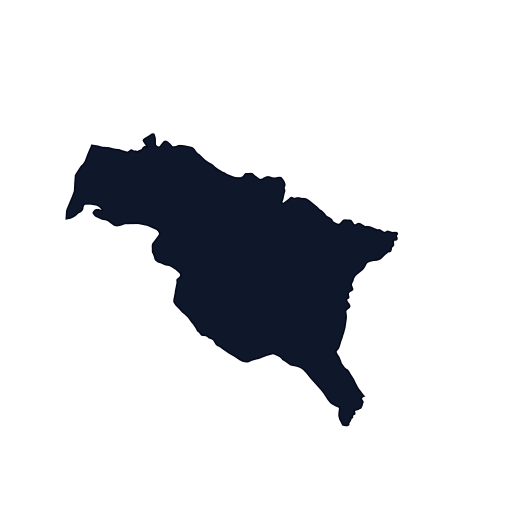 Newala, Mtwara, United Republic of Tanzania, rotated 141°
{"feature_id": "72390352B96178710336492", "entity_name": "Newala", "entity_type": "district", "adm_level": 2, "iso_a3": "TZA", "parent_name": "United Republic of Tanzania", "parent_adm1": "Mtwara", "projection": "albers", "projection_center": [39.269, -10.7], "detail": "fine", "context": "isolated", "style": "filled", "palette": "ink", "viewbox_px": 512, "rotation_deg": 141, "n_neighbors": 0, "source": "geoboundaries", "source_scale": "gbopen_adm2", "svg_char_len": 6114}
<svg xmlns="http://www.w3.org/2000/svg" viewBox="0 0 512 512"><g transform="rotate(141 256 256)"><path d="M260.3,79.3L260.4,81.6L260.2,84.8L260.2,88.0L259.9,90.3L258.8,95.7L258.0,98.6L257.3,105.1L256.8,108.0L256.8,109.9L257.5,111.6L257.8,113.5L257.6,117.8L257.3,119.5L256.6,121.0L255.3,125.5L255.0,128.9L254.6,130.4L254.0,131.4L253.1,132.0L250.8,132.3L249.9,132.6L248.1,133.6L243.6,136.7L240.4,138.6L237.8,140.5L236.9,140.9L231.9,144.6L224.8,151.2L223.3,153.2L221.3,156.5L220.7,157.0L219.2,157.6L217.9,157.4L216.0,157.4L215.0,157.8L214.4,158.7L214.1,160.1L214.0,162.8L213.8,163.9L213.5,164.7L212.2,165.6L211.8,165.6L210.5,165.2L210.2,165.3L209.7,165.9L209.3,166.9L208.6,168.0L207.7,169.1L206.7,169.4L205.6,169.5L202.9,169.0L202.0,169.2L201.6,169.7L200.6,172.8L199.8,174.0L199.0,174.7L196.3,175.9L194.3,177.4L191.2,178.5L189.8,178.6L182.1,178.6L180.6,178.8L178.1,179.6L174.7,181.1L173.5,181.1L171.5,180.7L169.7,179.9L167.2,178.6L165.1,177.1L163.0,176.2L161.3,175.7L159.8,175.7L155.3,176.2L150.5,176.2L149.5,175.4L148.3,175.2L147.5,175.6L145.7,177.1L145.0,177.5L144.3,177.7L142.6,177.7L141.5,179.0L140.7,180.3L139.9,181.0L139.1,181.4L138.3,181.4L137.3,180.5L136.7,180.3L136.0,180.4L135.4,180.9L135.1,181.4L134.6,183.1L134.4,183.4L133.4,184.0L132.3,184.2L131.9,184.7L132.2,185.8L133.3,186.8L135.0,188.0L135.6,188.6L138.1,192.3L138.7,192.6L140.7,192.9L141.4,193.3L142.0,194.1L143.4,198.3L143.7,198.7L144.8,199.4L145.7,200.3L148.6,205.7L149.3,206.9L151.5,209.2L152.5,209.6L152.9,210.1L154.6,214.8L155.0,215.7L155.8,216.6L156.4,217.0L159.1,217.3L160.0,218.2L160.3,219.2L159.9,223.3L160.2,224.1L160.9,225.0L162.7,226.4L163.9,227.7L165.2,228.5L166.3,228.6L168.9,228.1L170.8,228.0L171.4,228.2L172.3,228.8L173.2,230.0L174.6,233.2L174.8,234.0L174.8,235.0L174.4,236.7L175.0,239.2L176.3,242.1L176.5,243.1L176.4,245.5L176.7,249.0L177.0,250.4L177.7,251.8L178.0,255.4L179.5,262.6L180.1,265.4L180.9,267.9L181.8,269.5L182.8,270.5L184.2,271.6L186.4,274.4L187.8,275.4L190.1,276.4L190.8,277.5L191.3,278.8L192.0,279.3L192.7,279.4L194.7,279.2L200.6,279.4L201.5,279.5L202.1,279.8L202.5,281.7L202.2,282.2L201.3,282.3L199.6,283.3L194.9,287.1L193.4,288.1L192.5,288.8L191.6,291.1L191.0,291.7L189.2,292.8L188.4,293.7L187.5,296.5L187.3,298.3L187.3,301.1L187.9,301.8L189.0,302.7L192.2,304.4L194.1,306.1L195.9,308.9L196.7,309.8L197.9,310.6L198.9,310.9L201.2,311.5L201.9,311.3L204.1,312.3L205.0,313.0L205.5,314.2L206.3,317.6L206.7,318.9L207.0,319.9L206.9,320.8L207.1,321.8L207.5,322.7L208.5,323.6L210.4,324.9L212.1,326.3L213.1,326.4L215.8,325.6L218.2,326.0L219.0,326.4L222.6,329.5L224.1,331.6L227.6,337.8L228.3,340.2L229.6,342.4L230.6,345.5L231.3,346.8L231.2,346.8L232.3,350.9L232.6,353.5L233.0,355.1L234.5,358.7L235.0,360.3L235.7,363.1L236.6,370.6L237.0,371.4L237.4,373.6L237.1,378.0L237.4,379.7L237.7,380.6L242.2,386.2L244.7,388.8L246.7,390.4L248.6,391.0L248.9,390.8L251.2,392.4L252.3,392.8L252.5,394.5L252.6,396.6L253.1,400.0L253.5,401.2L254.1,402.0L254.8,402.4L255.6,402.6L259.3,401.9L261.3,401.3L262.3,401.3L262.9,401.5L263.4,402.0L263.9,402.7L264.4,404.3L264.4,404.9L264.3,405.6L263.0,407.6L262.1,408.6L260.2,411.2L258.8,414.6L258.9,415.2L259.3,415.6L260.1,416.1L262.8,416.3L268.7,417.1L270.0,417.1L270.7,416.8L271.1,415.7L271.6,409.4L272.0,409.5L272.5,409.9L273.0,410.5L273.8,411.0L275.5,411.1L277.6,410.3L281.7,411.5L282.7,411.6L283.5,413.1L284.1,413.7L285.1,414.0L285.9,416.5L286.5,417.0L288.6,417.0L290.2,417.2L291.0,417.7L294.1,422.2L295.7,424.8L298.2,427.2L300.4,429.9L302.0,432.2L303.2,433.5L304.5,434.4L305.2,435.4L307.0,436.8L310.1,441.2L311.4,442.5L313.9,445.4L316.2,444.0L317.2,443.6L322.6,440.7L329.3,436.8L332.9,435.7L334.6,435.7L336.0,435.4L343.1,433.1L345.5,432.2L350.5,426.9L355.9,420.9L356.6,420.3L361.3,417.5L373.4,411.0L374.9,409.9L380.1,404.3L377.7,403.1L377.0,402.6L374.4,401.8L372.0,401.4L370.5,401.3L368.5,401.5L366.5,401.5L364.4,400.9L361.9,401.3L360.9,401.9L360.0,402.8L358.3,404.0L357.3,404.2L356.2,404.0L355.4,403.5L351.6,400.4L347.7,396.0L347.1,394.8L346.4,393.0L346.2,391.2L346.1,388.9L346.5,388.4L347.3,388.4L348.1,389.2L349.3,391.2L351.0,392.5L352.5,392.8L354.4,392.4L355.2,392.1L355.5,391.7L355.6,389.7L355.6,389.0L355.4,387.9L354.9,386.8L352.3,381.6L350.8,379.8L349.8,378.9L348.6,376.6L346.8,369.6L346.4,368.7L345.0,367.1L343.0,365.9L340.4,364.8L338.2,364.1L337.2,363.6L326.9,355.5L321.1,348.5L320.3,347.1L316.3,339.2L316.0,337.1L316.1,335.5L316.6,334.2L317.1,333.5L317.9,333.1L319.8,332.5L328.6,330.3L329.3,329.8L330.6,328.5L331.2,327.5L333.2,325.1L334.0,323.8L334.2,322.2L334.6,321.4L334.8,320.3L336.2,317.2L336.4,316.3L336.1,314.4L335.8,313.3L335.1,312.0L334.3,311.1L332.5,307.5L331.3,305.5L329.8,304.1L328.7,302.5L328.0,300.7L326.5,296.2L325.6,290.3L326.2,288.7L327.2,287.6L329.6,287.3L332.0,287.3L332.6,286.8L334.0,284.8L338.3,281.2L340.3,279.6L342.1,277.8L347.3,273.5L348.6,271.9L349.0,268.3L348.9,267.0L348.4,262.3L348.4,260.5L348.2,258.2L347.6,255.7L347.0,250.9L347.4,244.9L347.3,242.7L347.7,237.9L348.4,234.8L348.4,234.2L347.9,232.9L347.9,232.0L348.0,229.0L347.7,228.4L345.8,226.6L344.9,225.7L344.0,223.3L344.0,222.2L343.6,221.5L342.9,220.6L341.9,218.5L341.7,217.2L342.4,212.7L342.2,210.8L341.6,209.9L340.5,207.0L340.0,204.8L337.8,197.3L335.6,191.7L333.6,185.2L333.0,184.1L332.7,183.1L330.9,180.8L329.1,179.1L328.2,178.7L325.0,177.9L323.8,177.4L320.3,175.9L318.7,175.0L310.3,172.3L304.2,169.6L303.5,168.7L302.5,166.9L300.6,162.8L300.2,160.2L300.3,158.9L299.2,155.9L297.6,150.0L297.3,149.4L293.8,145.2L291.9,142.3L291.1,140.4L290.4,137.9L290.0,133.4L290.1,127.1L289.3,111.0L289.4,106.5L290.2,99.1L290.2,95.1L289.6,92.9L288.0,89.0L286.7,86.9L286.6,85.1L290.7,81.2L292.0,79.6L293.4,76.7L294.4,72.1L294.6,70.9L294.5,70.3L294.8,70.2L293.7,68.6L292.0,66.9L290.9,66.6L290.1,66.7L289.6,67.0L289.4,67.8L289.2,67.9L288.3,68.1L287.4,68.5L286.6,68.6L284.1,70.1L282.9,69.8L282.6,69.9L282.0,70.8L280.4,71.7L279.1,71.2L278.7,71.1L278.2,71.7L277.6,72.8L277.5,73.5L277.2,73.8L275.7,73.8L273.1,72.6L271.3,72.4L270.6,72.0L269.9,72.1L267.2,73.5L266.3,74.5L265.5,74.7L264.8,75.1L264.4,76.8L264.4,78.1L264.3,78.8L262.4,79.6L261.7,79.4L260.7,79.6L260.3,79.3Z" fill="#0f172a" stroke="#020617" stroke-width="1.5"/></g></svg>